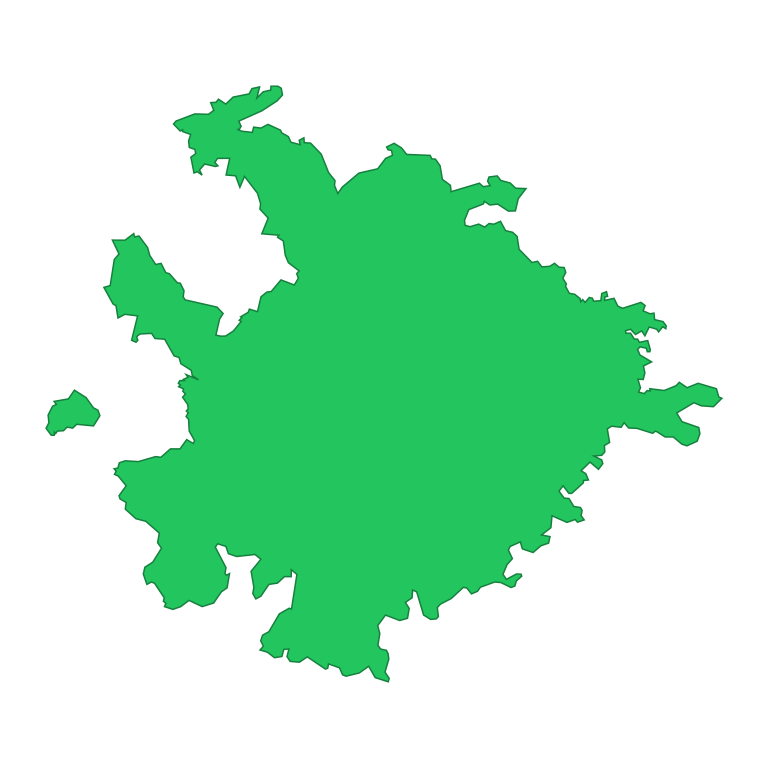 outline of Chiautla, Puebla, Mexico
{"feature_id": "50627088B89573035265708", "entity_name": "Chiautla", "entity_type": "district", "adm_level": 2, "iso_a3": "MEX", "parent_name": "Mexico", "parent_adm1": "Puebla", "projection": "orthographic", "projection_center": [-98.6, 18.284], "detail": "fine", "context": "isolated", "style": "filled", "palette": "green", "viewbox_px": 768, "rotation_deg": 0, "n_neighbors": 0, "source": "geoboundaries", "source_scale": "gbopen_adm2", "svg_char_len": 6098}
<svg xmlns="http://www.w3.org/2000/svg" viewBox="0 0 768 768"><path d="M173.5,124.0L180.2,131.0L182.6,129.8L182.6,131.5L190.7,134.5L188.6,140.9L189.3,147.5L194.9,149.4L195.7,153.6L190.9,157.2L194.0,173.0L197.3,171.7L202.1,175.1L199.5,170.0L204.7,164.0L215.3,166.5L217.9,165.8L214.8,162.5L217.5,158.4L229.7,158.3L226.1,175.0L235.6,175.8L239.9,187.3L244.5,176.4L257.5,193.3L260.6,203.8L259.9,209.1L268.2,218.1L261.8,233.8L278.9,235.2L277.5,237.3L283.3,240.9L285.3,255.3L288.4,262.7L299.1,270.9L296.7,273.7L298.4,278.2L294.3,285.0L281.0,279.9L271.2,291.5L266.8,292.1L261.0,296.8L257.5,311.6L249.4,309.1L248.2,312.3L240.6,316.8L241.8,317.8L239.2,320.3L241.2,321.4L233.4,331.0L225.7,336.0L221.0,336.2L215.9,335.1L219.6,319.1L223.1,313.5L217.0,307.1L185.2,299.9L183.2,296.9L184.0,290.7L180.3,283.2L177.4,282.8L169.4,273.7L165.8,272.7L161.1,263.4L155.7,264.5L149.8,255.5L147.6,247.6L139.0,236.0L134.6,236.9L133.7,233.6L125.0,240.2L112.4,240.1L119.0,254.0L114.3,259.4L110.2,285.6L103.9,287.4L113.0,303.9L116.0,305.7L118.0,318.0L124.9,314.3L137.6,315.9L131.6,340.3L136.0,342.2L137.8,340.4L136.6,336.7L139.9,334.0L151.6,333.4L155.0,338.5L164.7,339.2L174.1,355.9L179.0,357.4L180.9,363.7L191.2,370.3L192.3,375.6L198.5,379.8L186.1,374.6L188.0,377.4L183.3,379.4L184.4,380.6L179.8,380.6L178.3,383.4L180.4,384.9L178.6,386.7L183.6,388.9L182.8,391.2L185.4,394.0L182.6,397.2L187.7,404.5L188.2,408.9L186.3,411.0L188.2,412.7L186.1,416.6L188.6,419.3L189.2,431.0L194.6,440.7L193.2,443.5L186.7,439.6L180.0,448.9L170.4,448.9L160.9,457.3L155.6,456.6L138.3,461.6L125.2,460.8L119.3,462.8L117.9,468.0L114.1,468.8L116.2,471.1L114.5,474.4L118.2,476.0L126.2,485.8L119.0,495.7L120.1,499.0L126.2,502.5L125.3,509.1L135.9,518.7L145.8,521.3L159.3,533.1L157.6,542.7L161.5,548.2L152.7,562.2L144.9,567.2L143.3,574.0L146.9,584.4L151.4,582.0L154.6,583.3L164.3,597.9L163.4,601.3L165.9,603.3L164.5,606.6L172.8,609.4L180.6,606.7L189.0,600.4L202.2,606.6L213.7,603.0L221.3,591.9L227.1,587.8L229.5,573.6L226.4,575.2L225.0,573.6L226.0,567.7L215.3,547.1L217.7,543.8L225.9,546.4L228.4,553.7L236.7,556.5L255.0,554.5L260.9,559.2L251.1,571.3L253.9,587.4L252.8,593.4L255.8,598.9L260.9,596.2L268.9,584.4L277.5,583.1L284.5,576.6L291.2,576.7L291.3,569.7L296.9,574.4L291.5,609.1L289.3,608.2L279.4,613.8L268.9,631.7L262.6,635.2L260.7,640.8L263.4,646.2L260.0,650.0L267.4,652.2L274.5,657.7L281.9,656.5L283.8,649.4L288.9,649.0L287.0,656.6L290.1,661.4L299.4,662.2L307.3,656.9L325.5,669.1L327.7,668.2L328.5,663.9L339.5,667.8L342.6,674.8L346.0,676.2L359.2,673.0L368.7,666.3L375.2,677.6L388.2,681.8L389.2,678.4L385.0,672.1L388.8,659.1L388.1,653.7L386.4,650.3L380.7,649.1L377.9,645.4L379.8,633.6L377.7,625.6L385.5,615.1L399.7,620.5L407.5,618.3L409.2,608.4L405.4,602.4L412.1,597.8L412.6,590.0L416.7,591.9L423.6,615.0L430.6,619.4L436.2,618.9L438.4,616.6L437.3,607.5L440.5,604.1L451.3,598.5L463.3,587.4L466.8,588.0L471.5,593.9L477.5,591.3L480.4,587.2L494.8,582.0L501.0,582.6L511.0,587.5L514.8,586.1L516.4,580.9L521.7,576.2L521.1,574.2L516.5,574.0L506.4,579.3L503.0,574.3L507.0,564.7L512.4,558.6L508.4,550.1L510.1,546.5L520.3,541.9L522.4,548.9L533.1,552.5L541.0,545.7L548.6,543.1L550.0,536.6L541.5,535.0L550.9,527.7L552.0,515.8L567.0,522.4L575.2,519.5L577.5,522.2L584.2,519.9L581.1,515.7L582.1,510.4L580.4,507.5L573.8,506.5L569.0,498.5L564.1,498.1L559.0,491.1L563.1,485.8L568.9,493.4L571.7,493.4L583.3,482.9L583.5,480.5L588.4,480.0L585.8,473.7L581.1,470.7L590.0,462.1L598.5,469.3L602.8,463.6L601.7,459.9L593.9,456.0L601.8,455.3L604.8,451.9L604.4,445.5L609.6,442.5L607.3,428.9L611.6,426.2L621.2,427.3L624.1,422.7L628.6,428.0L636.7,428.3L652.7,433.3L655.7,431.0L665.2,437.0L673.3,437.0L681.9,444.2L687.0,445.8L697.2,441.2L699.9,433.7L698.8,427.5L682.0,421.7L676.7,413.0L693.9,402.7L701.2,405.8L713.4,406.7L721.9,398.3L718.8,397.0L716.4,388.7L698.1,383.3L687.1,387.7L679.3,382.3L676.1,385.7L664.2,390.5L649.8,388.7L650.3,390.9L647.1,390.6L644.3,393.6L638.6,392.1L640.5,387.9L637.9,379.2L643.2,379.5L644.9,372.9L643.4,366.0L651.6,361.9L640.0,355.0L637.6,349.4L640.0,346.9L646.3,348.2L647.3,351.7L649.8,351.7L650.3,349.7L647.7,340.6L639.4,342.3L637.6,339.1L634.2,339.0L630.6,333.2L625.9,333.2L625.5,330.7L630.6,329.3L635.5,334.5L641.7,330.9L644.9,335.8L649.2,327.0L656.7,329.2L658.6,331.9L662.7,326.7L665.8,328.7L666.2,325.8L663.0,321.6L654.6,319.6L654.0,313.1L650.1,313.8L643.1,310.9L645.1,305.5L641.0,302.4L622.6,308.3L617.8,306.1L614.0,298.3L604.7,300.4L604.8,296.9L607.6,296.4L606.5,291.7L601.8,293.5L600.8,300.7L593.6,301.2L592.4,298.2L589.3,297.5L585.1,302.4L582.7,299.6L580.7,301.7L580.2,298.7L574.8,294.3L569.3,293.3L565.5,286.2L566.4,284.0L562.8,278.2L565.8,272.4L564.1,267.5L559.0,267.2L554.6,263.3L549.8,266.3L541.9,266.9L537.6,261.3L532.0,262.5L519.1,249.3L517.1,236.4L512.6,232.3L505.5,230.6L500.5,221.3L493.8,224.2L489.1,223.5L484.7,227.1L478.7,224.1L470.1,226.7L465.1,225.3L464.5,220.3L468.8,209.6L483.5,203.9L484.3,201.3L489.9,205.0L497.7,204.1L508.4,211.1L515.4,210.9L518.3,198.6L526.0,188.6L515.6,188.2L510.2,183.0L500.9,180.5L497.2,175.9L489.0,177.0L487.6,181.2L490.1,185.6L483.2,186.7L479.4,183.2L451.1,191.7L450.4,185.3L442.4,179.4L440.1,165.8L435.4,159.1L431.8,158.9L430.2,155.4L406.6,154.4L401.5,147.9L394.1,143.3L386.6,147.0L388.1,149.8L391.5,150.4L392.5,155.3L385.6,158.4L377.7,168.8L358.9,173.1L342.3,187.1L337.8,193.5L334.5,185.5L335.0,180.6L328.6,172.6L321.2,154.1L310.6,143.1L304.3,142.7L303.9,137.8L299.2,140.3L300.2,144.7L290.9,142.2L288.4,136.6L281.6,132.8L280.6,130.2L268.0,124.4L260.9,128.1L253.7,127.1L252.3,132.4L241.7,131.2L237.1,129.3L239.2,129.6L241.1,126.3L238.8,121.1L261.9,110.8L277.1,100.9L282.5,95.0L281.2,88.2L277.9,86.2L271.0,86.2L270.7,90.1L263.2,91.8L256.9,98.1L259.6,86.9L252.0,88.6L249.1,93.9L233.1,97.1L225.8,104.1L218.5,99.2L216.0,102.3L210.7,102.6L213.8,110.4L208.4,114.3L194.9,113.9L176.1,121.0L173.5,124.0ZM74.4,390.2L68.4,398.9L54.1,401.4L56.4,404.4L52.5,406.3L48.1,415.1L48.9,422.7L46.1,428.3L51.3,435.3L54.3,435.2L54.4,432.1L55.7,433.5L57.4,431.1L63.5,430.7L67.1,427.1L72.7,428.1L76.7,424.3L93.5,425.9L99.9,415.7L97.9,410.2L93.4,407.8L86.1,397.6L74.4,390.2Z" fill="#22c55e" stroke="#15803d" stroke-width="1.5"/></svg>